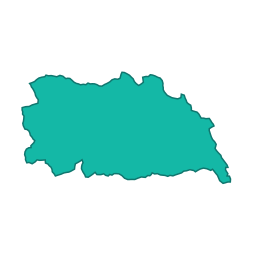 Silveiras, São Paulo, Brazil, rotated 276°
{"feature_id": "56859067B66153015253412", "entity_name": "Silveiras", "entity_type": "district", "adm_level": 2, "iso_a3": "BRA", "parent_name": "Brazil", "parent_adm1": "São Paulo", "projection": "natural_earth1", "projection_center": [-44.843, -22.748], "detail": "fine", "context": "isolated", "style": "filled", "palette": "teal", "viewbox_px": 256, "rotation_deg": 276, "n_neighbors": 0, "source": "geoboundaries", "source_scale": "gbopen_adm2", "svg_char_len": 2952}
<svg xmlns="http://www.w3.org/2000/svg" viewBox="0 0 256 256"><g transform="rotate(276 128 128)"><path d="M140.9,30.2L139.1,27.5L138.5,24.0L137.2,20.6L134.8,20.8L133.1,21.6L130.8,21.7L129.0,23.3L126.5,23.4L123.6,23.3L121.7,22.9L119.4,23.6L116.1,25.6L115.9,27.9L114.5,29.9L112.7,30.9L110.6,31.6L108.7,33.6L106.9,34.9L105.8,36.6L103.7,36.0L100.3,33.3L98.4,33.6L98.0,31.4L96.4,29.2L93.6,28.1L90.7,28.0L88.2,29.2L85.7,29.4L82.8,31.0L83.4,33.2L82.4,36.4L84.5,39.1L86.8,40.9L86.6,43.4L87.0,45.8L87.6,49.0L84.5,49.6L83.9,52.0L82.2,53.7L80.9,55.6L78.8,56.8L76.5,57.3L74.8,59.2L72.7,60.8L73.7,63.0L75.1,66.3L76.6,68.9L77.4,71.5L78.0,73.8L79.0,75.6L81.5,79.1L84.1,79.1L86.9,79.4L88.3,81.5L90.0,83.8L91.6,85.6L88.8,86.9L87.1,86.2L84.8,85.9L82.6,86.0L79.7,87.7L78.2,88.9L76.6,90.1L74.9,90.9L74.9,93.6L76.5,95.6L78.4,97.8L80.5,99.9L78.4,102.0L78.8,106.0L79.9,108.6L78.6,110.7L78.2,113.3L79.9,114.7L79.5,117.0L81.1,118.8L81.4,120.9L81.5,123.8L80.0,127.0L77.7,129.8L76.7,133.2L77.3,137.4L77.5,140.1L79.1,143.0L80.7,146.4L80.7,150.4L82.8,152.6L82.8,154.7L84.2,156.0L85.9,156.7L85.1,159.2L85.7,162.1L84.7,165.1L84.7,167.6L84.7,169.9L84.1,172.6L85.3,174.7L85.1,177.7L86.4,180.2L87.9,183.6L89.0,186.0L90.9,187.9L91.6,190.8L93.0,193.9L92.6,197.9L91.5,199.6L93.4,202.1L94.9,204.4L96.0,207.3L95.7,210.8L94.5,214.7L95.8,216.4L94.0,218.2L91.7,220.4L90.3,221.9L87.4,223.5L85.2,224.7L82.9,228.3L83.7,230.5L84.7,232.8L85.0,235.4L88.0,235.3L90.7,233.9L90.7,231.5L93.0,232.1L94.9,230.6L96.5,229.4L99.0,229.3L99.3,231.5L101.5,230.4L103.8,228.3L106.5,225.8L108.3,224.1L110.5,223.2L112.9,220.3L114.8,218.3L116.8,216.7L118.7,217.1L121.0,217.4L123.5,215.5L125.4,213.3L127.8,211.8L130.2,210.7L134.1,209.0L135.8,208.9L137.7,211.3L139.0,213.3L140.7,212.4L142.2,210.8L144.0,209.5L146.0,207.8L145.4,204.5L145.7,202.3L145.5,199.7L149.4,196.9L151.0,195.0L151.6,191.6L152.1,189.2L154.6,188.9L157.2,188.0L158.4,185.5L159.6,183.9L161.6,183.0L163.7,181.7L166.5,180.5L167.2,177.5L163.7,177.4L162.2,174.4L162.4,171.6L162.7,168.6L163.5,166.4L164.5,163.7L166.0,162.1L167.9,160.2L169.9,159.0L171.9,158.8L173.7,158.2L176.1,158.1L178.8,157.0L181.0,154.8L181.5,152.4L182.6,149.5L183.2,146.9L183.3,144.6L181.3,142.9L181.1,140.4L180.0,137.3L177.3,138.0L175.1,138.5L173.5,136.9L171.4,134.3L172.9,131.6L174.8,129.5L177.4,128.0L179.0,125.9L180.6,124.0L181.8,121.3L182.8,118.6L182.8,116.2L180.7,115.5L176.7,114.9L175.4,112.8L175.5,109.7L174.3,107.1L171.9,105.0L169.9,102.1L168.9,100.3L166.9,97.7L166.8,95.0L167.9,92.5L168.4,90.2L168.3,88.1L167.9,85.8L168.5,83.5L166.7,81.6L166.8,78.9L166.0,76.3L166.7,74.1L167.0,71.7L168.0,69.4L169.7,67.2L171.2,65.0L171.2,62.9L170.6,61.0L172.7,57.8L173.2,54.8L171.5,51.8L171.9,48.4L172.1,46.1L171.6,43.5L172.0,40.9L170.3,39.9L169.5,36.9L168.4,34.2L166.4,31.9L164.5,30.3L163.1,27.9L162.0,25.5L160.5,26.9L158.8,27.6L157.5,28.9L155.6,30.3L153.2,31.8L150.6,32.7L148.6,34.1L146.8,35.8L143.2,35.8L141.9,32.6L140.9,30.2Z" fill="#14b8a6" stroke="#0f766e" stroke-width="1.5"/></g></svg>